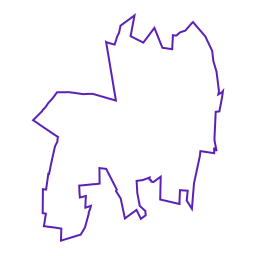 Bustamante, Tamaulipas, Mexico
{"feature_id": "50627088B16485273598132", "entity_name": "Bustamante", "entity_type": "district", "adm_level": 2, "iso_a3": "MEX", "parent_name": "Mexico", "parent_adm1": "Tamaulipas", "projection": "equal_earth", "projection_center": [-99.943, 23.324], "detail": "fine", "context": "isolated", "style": "outline", "palette": "violet", "viewbox_px": 256, "rotation_deg": 0, "n_neighbors": 0, "source": "geoboundaries", "source_scale": "gbopen_adm2", "svg_char_len": 2191}
<svg xmlns="http://www.w3.org/2000/svg" viewBox="0 0 256 256"><path d="M48.3,173.8L46.1,189.6L42.9,189.2L42.9,189.9L42.7,213.1L45.9,213.7L44.8,220.5L43.9,226.2L46.1,226.4L47.2,226.6L48.5,226.8L49.4,226.9L50.4,227.0L50.5,227.0L51.0,227.1L51.9,227.2L52.1,227.2L52.3,227.3L52.5,227.3L53.0,227.4L53.7,227.4L61.3,228.6L61.0,240.6L78.7,235.2L80.6,234.7L82.3,232.0L85.0,227.3L88.3,215.3L88.4,215.1L88.8,213.4L88.6,212.9L88.9,212.0L89.7,210.1L89.9,209.5L90.5,207.6L90.9,205.8L88.1,206.8L85.8,207.5L85.4,207.7L85.3,206.8L85.5,204.5L85.5,202.8L85.9,196.0L79.9,197.5L79.5,192.9L79.4,190.5L79.2,185.6L80.2,185.5L81.5,185.4L86.7,184.9L88.6,184.7L93.5,184.2L94.9,184.2L97.3,183.9L99.6,183.6L99.5,173.4L99.4,168.1L106.2,168.9L116.8,189.6L116.0,191.0L120.7,198.5L124.9,218.4L136.5,209.9L140.9,218.8L145.7,215.3L145.3,210.9L145.2,210.9L139.7,205.8L139.3,203.3L137.3,193.0L136.6,180.9L142.6,180.1L142.9,180.0L149.7,177.5L149.5,179.6L151.2,180.4L151.3,181.6L153.3,182.1L160.7,176.7L160.2,199.5L179.5,204.0L179.5,201.3L179.6,198.9L180.0,190.2L187.7,190.7L186.7,200.5L191.9,208.8L194.0,183.4L199.8,156.3L200.4,151.1L214.2,153.2L214.1,148.5L214.9,148.3L216.6,151.1L214.6,141.0L214.5,140.8L214.5,138.0L214.7,133.4L215.7,111.8L219.4,111.4L222.2,96.6L222.9,91.1L222.4,91.7L222.0,92.3L218.3,94.4L219.0,91.4L216.5,71.6L213.3,60.8L212.2,50.9L205.3,36.4L193.0,22.1L191.4,23.6L185.4,30.6L180.2,32.3L176.2,35.6L172.9,35.2L172.2,49.2L164.1,48.0L163.3,47.9L162.4,47.8L154.4,27.9L143.3,42.6L130.6,36.2L134.5,15.4L120.5,25.7L119.1,32.6L116.9,37.2L116.0,40.4L114.6,44.6L106.8,42.4L106.1,42.0L106.7,45.5L112.4,79.5L113.3,84.9L113.6,86.9L113.6,87.2L114.9,94.5L115.9,100.5L111.2,99.2L110.8,99.1L98.4,95.5L93.2,94.0L91.5,93.9L91.4,93.9L89.6,93.9L88.5,93.9L88.0,93.9L84.5,94.1L83.4,94.2L75.2,93.0L73.7,92.8L69.3,92.2L57.0,92.3L52.7,98.2L52.7,98.3L48.2,103.1L45.8,106.8L45.5,107.1L44.6,108.1L44.1,108.6L43.8,109.0L43.7,109.1L42.9,109.7L42.1,111.2L40.3,113.0L37.1,116.2L33.1,120.2L34.4,121.1L35.0,121.5L35.5,121.8L36.8,122.7L38.8,124.0L39.4,124.5L40.1,125.0L47.4,129.9L52.5,133.4L54.2,134.5L57.9,136.9L57.8,137.1L57.3,141.8L55.0,146.3L51.8,160.5L49.2,173.2L49.0,174.0L48.3,173.8Z" fill="none" stroke="#5b21b6" stroke-width="2"/></svg>